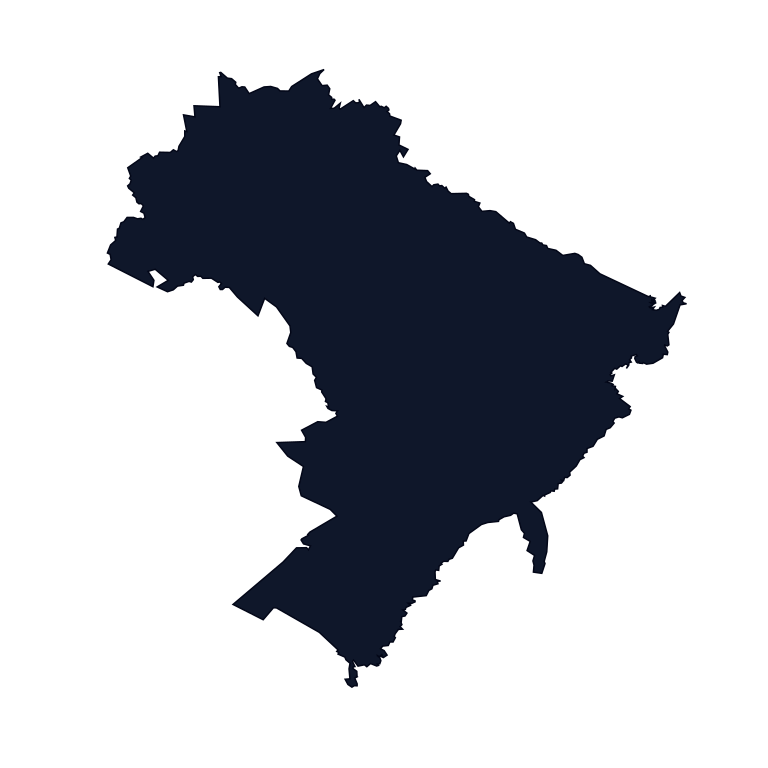 La Concordia, Chiapas, Mexico, rotated 97°
{"feature_id": "50627088B57221849873163", "entity_name": "La Concordia", "entity_type": "district", "adm_level": 2, "iso_a3": "MEX", "parent_name": "Mexico", "parent_adm1": "Chiapas", "projection": "equal_earth", "projection_center": [-92.825, 15.96], "detail": "fine", "context": "isolated", "style": "filled", "palette": "ink", "viewbox_px": 768, "rotation_deg": 97, "n_neighbors": 0, "source": "geoboundaries", "source_scale": "gbopen_adm2", "svg_char_len": 6152}
<svg xmlns="http://www.w3.org/2000/svg" viewBox="0 0 768 768"><g transform="rotate(97 384 384)"><path d="M655.2,398.3L656.0,396.2L657.7,396.7L659.8,389.6L662.4,388.1L665.3,383.7L671.0,384.0L680.8,381.9L681.8,386.6L686.6,383.2L688.8,378.9L687.1,376.8L686.8,373.9L684.9,374.1L679.4,377.2L678.0,375.1L677.5,376.4L677.5,375.1L672.5,376.0L670.2,380.1L668.5,380.1L668.0,378.4L663.2,381.5L661.7,380.6L667.2,375.4L665.1,369.2L666.7,366.6L663.1,363.3L664.8,356.9L664.0,355.2L662.8,356.6L662.3,354.1L659.0,353.4L656.2,354.8L654.7,357.4L654.3,357.5L655.3,355.4L652.8,353.2L653.8,352.6L654.7,353.9L655.6,351.3L652.7,347.9L648.6,351.4L647.2,355.2L644.3,353.3L643.0,347.9L639.3,346.7L639.0,343.6L634.4,341.8L633.3,343.1L630.6,342.5L625.8,339.8L625.1,335.7L622.8,338.5L620.7,336.9L617.0,338.9L617.7,337.9L612.7,338.0L611.7,334.9L608.6,333.3L605.9,337.8L605.1,335.3L603.1,335.0L600.5,330.8L598.6,333.5L598.3,331.3L599.2,331.1L596.4,326.6L595.3,326.9L595.0,329.4L592.0,329.5L588.9,316.3L583.4,314.3L581.4,311.5L577.8,310.9L575.7,306.1L573.3,307.0L572.7,303.8L571.8,309.2L564.1,310.5L562.2,309.9L562.3,307.0L557.9,307.1L555.8,304.5L554.9,305.6L552.7,303.2L552.3,299.0L550.1,298.1L548.6,294.9L537.5,290.0L534.2,285.5L530.3,286.2L529.8,283.4L522.1,281.5L511.6,270.2L508.8,264.1L506.4,253.6L504.7,253.4L501.2,248.7L498.9,242.3L496.4,239.6L496.6,236.0L511.9,229.9L515.1,226.4L519.3,226.9L522.4,219.7L531.9,221.7L535.8,213.7L541.5,214.6L545.5,213.0L552.5,212.8L552.7,204.3L542.6,202.3L540.6,203.4L530.8,202.0L514.7,203.0L492.3,212.1L483.3,223.9L481.1,217.7L475.2,212.6L475.7,210.9L474.5,210.9L471.4,205.8L469.7,205.2L469.7,202.0L467.5,201.8L466.9,198.9L461.6,199.0L460.7,195.8L459.0,194.7L458.0,196.0L457.9,193.9L454.7,193.4L454.5,190.7L451.8,188.2L448.9,189.0L442.0,183.2L435.2,180.3L432.7,176.5L431.4,178.1L428.3,177.0L427.0,174.2L423.3,174.6L420.3,168.9L412.9,165.5L408.7,159.2L402.0,158.0L399.8,154.1L394.7,150.8L393.3,152.3L389.8,150.8L388.0,146.8L388.5,143.3L384.2,136.7L379.9,135.7L378.9,138.2L376.4,136.9L369.7,148.4L367.2,145.5L365.3,151.7L362.8,150.5L360.6,153.2L361.2,154.1L358.2,154.0L357.9,157.4L356.5,156.5L355.5,158.9L355.0,163.7L353.5,161.7L353.4,157.8L346.8,156.5L348.4,159.8L347.2,160.7L345.4,159.2L344.9,160.3L340.3,156.9L340.9,154.8L337.1,151.5L337.6,149.9L334.6,146.6L335.5,144.0L339.0,145.3L335.6,143.4L332.9,143.4L332.1,141.3L329.9,143.2L327.9,141.5L326.3,142.1L323.9,137.2L325.2,136.0L326.3,138.1L328.2,138.2L331.5,136.1L332.1,135.0L330.7,133.7L332.2,133.4L332.1,129.7L331.1,129.4L332.3,125.8L330.6,119.5L324.0,110.7L320.4,110.4L320.3,106.4L317.7,106.2L311.9,110.2L311.1,110.2L311.7,107.5L310.4,106.0L300.2,108.4L298.0,107.5L297.2,109.0L289.2,104.0L269.4,99.8L267.5,93.5L266.9,97.0L264.8,98.3L261.4,95.9L260.5,100.0L257.2,101.7L272.6,114.1L272.1,117.2L273.9,116.8L274.4,119.3L276.3,119.8L277.7,122.8L277.4,126.6L274.7,125.1L276.2,128.6L275.7,129.6L274.3,128.1L274.4,129.2L270.4,124.2L269.8,124.8L271.2,125.6L271.4,128.3L270.7,129.6L270.0,126.2L268.5,129.2L268.5,127.9L267.7,128.2L268.4,126.8L267.4,127.0L268.7,125.9L268.5,125.0L266.9,126.2L265.8,125.3L265.0,130.4L264.1,130.5L265.1,132.1L248.3,183.1L241.1,193.5L240.2,199.8L234.1,203.0L231.8,207.1L231.1,210.5L234.6,222.2L230.3,229.6L229.5,238.0L226.8,239.6L226.6,243.3L224.9,244.6L225.0,246.5L222.3,251.1L220.7,260.3L217.1,263.0L214.4,272.4L208.8,275.1L207.5,278.3L209.1,279.2L199.3,294.0L199.0,299.9L200.7,307.8L196.6,311.9L192.7,310.9L191.7,316.6L190.0,316.6L187.4,322.7L185.4,323.4L184.7,325.3L186.9,340.5L184.7,343.9L181.0,346.4L182.3,347.6L180.0,350.8L180.6,353.1L179.0,354.8L180.2,358.9L182.2,360.4L177.9,366.4L173.9,368.6L169.7,363.7L166.9,366.7L167.8,377.5L165.8,379.5L166.8,379.8L163.4,388.2L162.6,396.7L156.1,399.6L150.1,396.7L156.2,392.4L148.2,388.7L144.9,398.3L136.9,398.7L135.7,404.5L123.7,399.3L120.1,399.1L117.3,410.8L115.0,411.5L113.2,414.2L111.4,412.5L109.8,413.2L108.1,415.7L109.8,417.4L108.7,420.6L109.3,422.0L104.8,426.8L109.2,431.7L109.3,435.4L112.1,437.5L104.5,443.6L106.8,442.6L108.0,443.7L108.4,446.5L106.5,449.0L116.6,461.1L115.5,462.2L110.6,461.6L116.4,467.1L117.0,470.7L108.3,467.2L107.4,468.3L107.8,470.7L105.9,470.9L103.7,474.3L97.6,473.8L94.3,476.8L95.4,481.8L89.2,487.3L83.7,485.5L79.2,481.8L85.0,493.8L100.0,511.9L104.8,514.2L105.8,522.9L103.6,525.7L102.5,532.7L103.8,539.3L112.2,553.2L106.2,558.4L106.3,561.2L108.1,564.3L104.8,568.1L102.6,567.9L99.5,572.5L99.5,576.7L94.6,584.0L95.0,585.0L98.8,583.1L99.2,585.8L128.8,580.6L131.0,606.5L141.9,604.2L141.3,615.8L157.5,610.5L157.1,612.6L162.6,611.9L173.0,616.5L177.4,616.8L178.6,618.2L177.2,621.6L180.2,624.3L181.3,635.0L185.0,636.2L185.7,638.9L187.9,640.3L183.8,646.6L188.4,653.1L188.9,651.8L200.6,664.7L208.5,660.7L211.0,661.8L212.5,659.7L216.2,660.5L218.6,662.6L220.8,661.2L224.7,655.1L227.1,656.5L229.3,653.0L233.6,651.4L235.0,649.2L234.5,646.9L236.5,644.5L242.4,646.6L243.7,643.1L247.9,641.4L250.0,643.4L249.1,645.4L250.1,648.8L249.2,652.8L250.0,659.3L254.7,662.0L256.1,664.7L261.6,665.7L262.7,667.4L270.6,667.0L271.3,669.0L274.2,667.8L279.3,672.3L287.7,674.5L288.7,671.6L293.9,670.0L298.5,672.3L315.6,625.2L309.1,625.0L301.0,632.0L298.0,625.1L307.4,610.8L315.3,621.0L318.8,610.1L316.2,604.6L312.0,600.9L310.4,595.1L308.3,594.8L305.9,590.0L306.3,587.6L303.7,586.0L300.9,587.0L298.3,584.6L299.9,582.1L299.4,578.8L301.2,576.7L300.0,568.2L303.4,561.2L302.7,559.6L304.1,557.6L307.6,559.8L310.2,558.0L309.9,555.8L307.3,553.5L307.0,549.3L315.5,540.1L331.7,517.4L313.5,512.9L320.6,500.1L337.8,484.4L344.3,482.8L355.6,485.3L358.2,482.5L358.8,479.1L362.7,475.3L368.8,473.4L368.6,468.8L373.0,463.7L375.7,457.4L382.7,455.6L385.6,451.9L388.8,453.3L395.8,450.5L397.6,444.8L399.5,444.9L405.7,439.7L408.5,440.0L409.4,437.5L413.4,436.2L413.1,438.1L415.1,436.6L416.7,432.5L416.3,426.7L419.0,428.2L421.6,426.3L429.1,436.9L429.5,445.2L439.9,460.2L446.5,455.3L450.8,455.0L455.2,483.2L467.3,470.8L475.7,453.9L496.1,456.1L505.0,452.5L515.0,422.1L520.9,414.6L540.0,439.5L542.7,441.4L543.4,440.6L547.7,446.7L548.9,447.3L552.5,444.4L553.6,437.2L557.8,438.8L555.9,440.9L557.3,450.9L572.9,462.4L621.2,507.0L632.7,475.2L619.6,466.5L619.3,463.5L638.4,417.9L653.5,397.2L655.2,398.3Z" fill="#0f172a" stroke="#020617" stroke-width="1.5"/></g></svg>